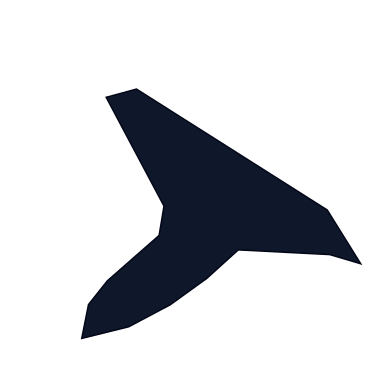 outline of The Snares, rotated 75°
{"feature_id": "NZL-5480", "entity_name": "The Snares", "entity_type": "state/province", "adm_level": 1, "iso_a3": "NZL", "parent_name": "New Zealand", "parent_adm1": "", "projection": "natural_earth1", "projection_center": [166.619, -48.028], "detail": "fine", "context": "isolated", "style": "filled", "palette": "ink", "viewbox_px": 384, "rotation_deg": 75, "n_neighbors": 0, "source": "natural_earth", "source_scale": "10m", "svg_char_len": 344}
<svg xmlns="http://www.w3.org/2000/svg" viewBox="0 0 384 384"><g transform="rotate(75 192 192)"><path d="M305.0,47.6L288.1,75.2L259.9,162.3L279.2,199.9L295.3,242.2L305.8,288.0L304.9,336.4L273.9,321.1L255.9,296.8L225.4,235.0L198.3,222.7L78.3,250.4L78.2,219.0L244.4,66.0L305.0,47.6Z" fill="#0f172a" stroke="#020617" stroke-width="1.5"/></g></svg>